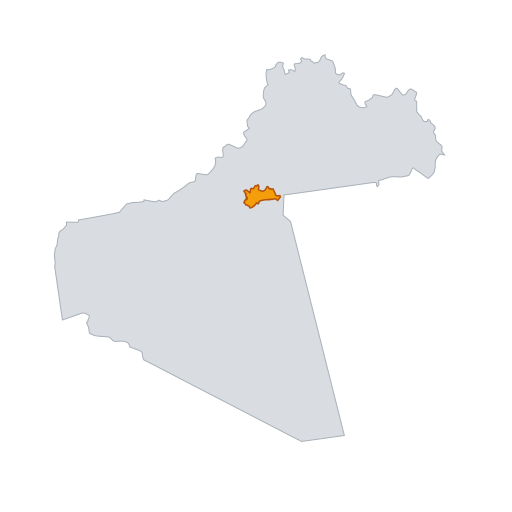 location of Youwarou, Mopti, Mali, rotated 172°
{"feature_id": "8926073B44950387084983", "entity_name": "Youwarou", "entity_type": "district", "adm_level": 2, "iso_a3": "MLI", "parent_name": "Mali", "parent_adm1": "Mopti", "projection": "mercator", "projection_center": [-4.577, 15.386], "detail": "fine", "context": "in_parent", "style": "filled", "palette": "amber", "viewbox_px": 512, "rotation_deg": 172, "n_neighbors": 0, "source": "geoboundaries", "source_scale": "gbopen_adm2", "svg_char_len": 6621}
<svg xmlns="http://www.w3.org/2000/svg" viewBox="0 0 512 512"><g transform="rotate(172 256 256)"><path d="M76.9,390.0L77.1,388.1L75.4,386.8L75.4,386.2L76.3,380.7L76.2,379.3L76.9,376.6L75.8,375.3L75.6,374.4L73.0,370.9L72.2,367.9L70.9,365.9L67.9,365.3L66.8,367.0L66.1,367.2L65.0,366.0L64.6,365.0L64.6,364.0L60.7,359.3L61.0,356.8L62.4,355.4L63.0,353.3L61.5,350.8L61.8,348.3L61.6,344.9L59.3,342.0L57.8,340.7L56.5,338.6L57.5,333.9L55.2,329.8L59.5,331.4L61.5,329.9L63.5,327.9L65.1,325.1L65.9,321.8L66.2,318.8L67.9,314.3L69.9,312.1L74.1,309.0L75.3,309.2L82.2,316.0L86.2,319.4L87.6,321.2L88.9,321.2L90.8,317.9L92.9,315.1L93.7,314.4L100.7,314.0L104.3,314.5L107.5,315.3L112.1,315.6L124.1,313.5L124.3,312.1L124.1,310.5L124.6,309.3L125.6,308.2L126.5,307.9L126.8,311.8L127.8,312.3L130.7,312.5L219.8,312.5L223.5,292.6L217.0,285.4L193.5,66.0L236.6,66.0L244.0,71.1L381.7,168.9L382.3,172.0L382.2,176.3L383.2,177.6L385.2,179.0L393.0,183.1L393.6,183.9L393.9,185.6L394.8,187.7L396.4,188.9L398.4,189.8L400.7,190.4L407.8,191.1L409.3,192.0L412.3,195.8L414.0,196.6L423.5,198.6L426.6,199.6L429.9,201.4L431.7,202.9L431.7,208.8L433.0,212.7L432.9,213.7L431.4,215.2L431.1,216.4L429.3,219.4L429.7,220.6L433.0,222.9L434.6,223.6L436.5,223.6L456.6,219.6L456.8,274.5L456.0,275.4L455.5,285.0L454.0,290.7L451.4,294.9L449.8,301.2L448.8,302.4L448.1,306.0L446.6,308.0L444.0,308.8L439.4,312.8L439.0,316.0L428.2,314.2L427.5,314.3L427.0,314.7L426.8,316.4L399.0,317.4L385.4,318.2L376.9,325.5L371.3,326.1L364.3,325.5L360.8,325.5L359.4,325.9L359.1,327.2L348.1,323.5L344.0,324.7L343.3,324.3L342.8,323.5L340.8,323.0L337.6,323.3L335.3,323.8L328.3,329.6L324.5,331.0L317.5,334.4L312.6,337.4L310.8,337.9L308.1,338.0L305.8,338.7L303.8,345.2L302.4,345.9L294.1,343.3L292.4,343.6L290.9,344.4L286.3,348.3L283.9,351.4L282.7,355.5L282.9,358.2L282.1,358.9L279.9,359.2L276.0,358.3L274.8,358.7L274.3,360.7L274.4,365.1L273.5,368.1L271.2,369.0L269.4,370.2L268.0,370.6L266.9,370.3L260.1,365.8L257.8,365.1L255.3,365.6L252.9,367.5L248.6,372.2L249.0,373.8L250.2,375.7L251.1,378.1L251.0,380.3L244.9,383.3L246.3,385.6L246.1,391.6L243.3,394.4L242.3,396.2L239.6,398.1L237.2,399.2L229.7,400.8L226.6,402.8L225.2,404.3L224.9,406.0L225.2,407.9L226.7,411.9L226.2,415.5L225.0,419.7L223.8,421.6L220.3,423.8L220.9,426.6L221.1,430.5L220.6,435.6L219.5,439.1L218.7,438.7L215.4,438.9L211.7,440.0L210.5,440.8L210.2,442.0L207.1,444.8L205.1,444.6L203.1,443.8L202.1,443.1L202.1,442.7L203.2,440.5L203.3,439.7L202.1,435.8L202.3,434.8L201.8,431.8L201.6,431.7L197.6,433.0L197.4,433.5L198.0,435.4L197.6,435.8L196.2,435.7L194.2,435.1L192.0,433.4L191.5,433.9L191.2,435.3L191.1,436.9L191.7,439.9L191.1,440.9L187.7,440.8L184.8,441.1L184.1,442.2L183.8,443.4L184.5,444.7L184.4,445.2L183.2,446.0L182.6,446.0L181.1,444.6L174.8,443.2L174.3,441.2L173.5,441.1L171.5,438.7L170.7,438.8L169.9,439.2L167.5,439.0L165.4,441.1L163.8,443.7L162.1,445.0L159.5,445.6L159.9,443.9L159.1,441.6L153.7,438.8L152.8,437.6L151.4,431.1L151.5,429.1L151.8,427.4L151.7,426.1L151.1,425.1L149.5,424.1L147.8,423.7L145.6,424.9L144.6,425.2L143.6,425.1L143.1,424.6L143.2,424.0L145.5,420.5L146.6,419.0L149.0,417.3L149.6,416.4L149.6,415.8L149.4,415.3L147.9,414.6L145.5,413.0L144.2,412.8L143.1,412.1L142.0,409.5L141.5,409.0L140.3,408.8L139.3,408.2L139.4,402.0L137.1,397.3L135.0,391.4L133.9,390.0L132.1,388.8L129.7,388.0L127.7,387.8L125.4,388.5L125.4,389.0L126.7,390.9L126.9,392.0L126.7,393.0L126.3,393.7L123.1,394.4L119.0,396.5L117.6,399.0L116.6,399.3L115.0,399.0L104.0,394.8L99.3,396.6L96.3,400.3L95.6,401.5L94.2,402.5L93.4,402.6L92.6,401.8L89.4,396.3L88.0,394.9L86.2,394.9L84.8,395.8L83.2,397.7L81.3,399.4L80.0,399.9L78.9,399.7L74.4,395.9L74.1,395.1L76.2,390.6L76.9,390.0Z" fill="#d9dde1" stroke="#a8b0b8" stroke-width="1"/><path d="M259.7,312.1L259.6,311.7L259.9,311.2L260.2,311.1L260.5,310.8L260.5,310.5L260.4,310.3L260.2,310.1L259.6,309.5L259.2,308.6L259.1,308.1L258.9,308.0L258.7,307.9L258.3,307.9L257.8,307.6L257.5,307.3L256.5,306.8L256.0,306.5L255.9,306.0L255.3,304.7L255.2,304.4L253.3,304.7L252.5,305.2L252.0,305.4L251.8,305.4L251.5,305.3L251.4,305.4L251.3,305.6L251.3,305.8L251.0,306.0L250.8,306.2L250.6,306.3L250.4,306.3L250.0,306.5L249.7,306.7L249.3,307.1L248.6,307.9L248.4,308.5L248.0,308.6L247.6,308.4L247.4,307.9L246.9,307.5L246.5,307.4L246.2,307.6L246.0,307.8L245.8,308.1L245.7,308.5L245.7,308.9L245.5,309.2L245.3,309.4L244.8,309.7L243.5,310.2L241.4,310.3L240.6,310.4L240.4,310.4L239.8,310.4L236.0,310.2L235.6,310.1L235.2,310.2L235.2,309.9L235.0,310.0L234.9,310.1L234.7,310.1L234.6,310.3L234.4,310.3L234.4,310.1L234.2,310.0L233.9,310.0L233.7,310.0L233.4,310.0L233.3,309.9L233.0,309.9L232.9,309.9L232.6,309.9L232.4,309.8L231.9,309.8L231.6,309.9L231.3,309.9L230.9,309.9L229.5,310.1L229.2,310.1L228.9,310.0L228.6,309.7L228.3,309.4L228.2,309.3L228.1,309.2L227.9,309.0L227.8,308.9L227.6,308.7L227.4,308.6L227.2,308.5L227.1,308.4L226.9,308.2L226.7,308.0L226.5,308.3L226.4,308.4L226.3,308.5L226.1,308.7L226.1,308.8L225.8,309.0L225.7,309.1L225.6,309.3L225.3,309.5L225.2,309.7L225.1,309.8L224.9,309.9L224.8,310.0L224.7,310.1L224.5,310.3L224.4,310.5L224.2,310.6L224.0,310.8L223.8,310.9L223.8,311.0L223.6,311.1L223.8,311.5L223.8,311.8L223.9,312.1L224.0,312.3L224.0,312.5L224.6,312.5L224.9,312.6L225.8,312.5L226.0,312.6L226.6,312.6L227.1,312.7L227.3,312.8L227.6,312.9L227.7,313.0L227.9,313.4L228.0,314.0L228.2,314.6L228.3,314.8L228.3,315.1L228.4,315.4L228.5,315.7L228.5,316.0L229.1,317.7L229.8,320.1L231.1,319.9L231.3,320.0L231.6,320.2L232.1,320.6L232.6,320.3L232.9,320.6L233.7,320.8L233.9,321.8L234.2,322.6L235.0,323.1L235.8,322.9L236.4,321.7L237.4,320.6L238.3,319.7L240.5,319.2L241.9,319.8L242.8,320.3L243.8,320.8L244.0,321.3L244.3,322.1L243.7,323.3L243.6,325.1L243.8,325.9L244.2,326.1L244.8,326.0L245.3,325.5L245.5,325.2L246.9,325.7L248.5,323.9L249.0,323.2L249.5,323.1L250.0,323.0L250.5,323.4L251.1,323.7L251.6,323.5L252.1,322.9L252.3,321.8L252.7,320.9L253.0,319.6L253.3,319.4L253.7,319.6L254.1,320.5L254.9,321.3L255.6,322.1L256.8,322.8L258.9,322.1L258.9,321.8L258.8,321.7L258.7,321.5L258.7,321.3L258.6,321.2L258.4,320.9L258.3,321.0L258.2,320.9L258.0,320.7L258.0,320.2L258.0,319.9L257.9,319.6L257.9,319.4L257.7,319.3L257.4,319.4L257.4,319.5L257.4,319.4L257.2,319.2L257.3,318.9L257.3,318.7L257.6,318.6L257.7,318.4L257.7,317.9L257.8,317.7L257.7,317.5L257.5,317.2L257.6,316.7L257.6,316.0L257.2,315.7L256.8,315.6L256.6,315.2L256.6,314.8L256.7,314.5L257.2,314.4L257.6,314.3L257.8,314.2L257.7,314.0L257.5,313.8L257.3,313.8L257.1,313.5L257.1,313.3L257.4,313.2L257.8,313.3L258.0,313.2L258.3,313.1L258.5,313.0L258.8,313.0L258.9,312.8L258.9,312.7L259.0,312.5L259.2,312.4L259.6,312.2L259.7,312.1Z" fill="#f59e0b" stroke="#b45309" stroke-width="1.5"/></g></svg>